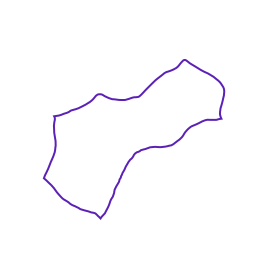 Keren, Anseba, Eritrea (Mercator projection), rotated 133°
{"feature_id": "51966322B84678224414542", "entity_name": "Keren", "entity_type": "district", "adm_level": 2, "iso_a3": "ERI", "parent_name": "Eritrea", "parent_adm1": "Anseba", "projection": "mercator", "projection_center": [38.411, 15.802], "detail": "fine", "context": "isolated", "style": "outline", "palette": "violet", "viewbox_px": 256, "rotation_deg": 133, "n_neighbors": 0, "source": "geoboundaries", "source_scale": "gbopen_adm2", "svg_char_len": 3059}
<svg xmlns="http://www.w3.org/2000/svg" viewBox="0 0 256 256"><g transform="rotate(133 128 128)"><path d="M222.4,116.2L221.3,113.3L220.9,111.8L220.2,109.7L219.9,107.7L219.3,106.4L218.6,105.0L217.9,103.6L216.0,100.1L214.7,97.1L213.7,95.7L213.0,94.3L212.7,93.5L212.7,92.6L212.7,91.3L212.8,90.3L212.8,88.5L212.9,86.4L211.1,86.7L208.5,86.7L206.1,86.7L204.2,87.3L200.8,88.2L198.5,88.9L196.5,89.7L192.7,91.4L190.3,92.0L188.7,92.2L186.9,93.0L184.9,93.9L184.1,94.5L182.2,95.7L181.5,95.9L178.9,96.7L175.7,97.4L173.4,97.9L171.3,99.1L169.3,99.4L167.9,100.2L166.3,100.6L165.0,101.2L163.3,101.6L161.1,102.1L159.4,102.7L157.7,103.3L155.4,103.8L153.6,104.2L153.0,104.4L151.0,104.6L149.6,104.8L147.9,104.5L146.6,104.6L145.2,104.8L143.7,105.3L141.8,105.4L139.8,105.0L138.4,104.2L137.0,103.6L135.4,103.4L133.1,102.0L131.6,101.0L127.1,98.7L124.8,96.7L123.6,95.6L122.6,94.5L121.8,93.4L119.5,90.8L118.4,89.9L116.3,88.1L114.8,87.0L113.2,86.0L111.1,84.5L109.0,83.8L106.4,83.4L103.5,82.9L101.5,82.5L99.9,82.4L98.2,82.3L95.9,82.5L93.9,83.0L91.8,83.3L89.0,83.4L87.2,83.3L85.6,83.1L84.3,82.9L82.8,82.4L80.5,81.3L76.7,79.7L72.7,78.3L70.0,77.0L68.4,76.0L67.5,75.2L66.8,74.4L66.0,73.4L64.8,72.2L62.7,69.9L61.5,68.7L60.4,68.1L59.1,67.3L57.5,66.0L56.9,67.5L56.2,68.6L55.8,69.3L55.2,70.1L54.5,70.8L53.1,71.9L51.4,73.1L50.4,73.8L47.5,75.2L44.3,76.9L41.7,78.4L40.2,79.3L39.0,79.9L38.0,80.7L36.8,81.6L35.9,82.3L35.3,82.9L34.5,83.8L33.8,84.8L33.1,86.3L32.7,87.9L32.1,90.3L31.8,92.2L31.8,94.7L32.0,96.7L32.2,100.2L33.0,104.1L33.6,106.8L34.5,109.4L35.1,111.3L35.9,114.4L36.5,117.4L37.3,121.4L37.9,124.1L38.5,127.1L38.6,128.8L38.7,130.2L38.8,130.8L38.9,131.5L39.1,132.3L39.6,132.9L40.0,133.3L40.7,133.6L41.8,133.7L42.7,133.7L44.0,133.7L45.7,133.6L48.0,133.4L49.4,133.4L50.0,133.5L50.9,133.6L51.7,133.8L54.3,134.7L56.6,135.7L59.5,137.2L60.6,137.9L61.3,138.2L62.1,138.5L62.8,138.7L63.9,138.9L65.6,139.1L70.5,139.9L72.3,140.2L74.8,140.5L79.3,140.7L81.8,140.8L84.5,140.9L88.0,141.0L92.1,141.0L94.1,141.0L96.5,141.2L97.3,141.3L98.3,141.7L99.5,142.7L100.5,143.6L101.4,144.5L102.1,145.0L103.2,145.7L106.3,147.3L108.1,148.4L108.8,148.8L109.9,149.6L111.1,150.9L111.8,151.7L113.6,153.7L115.0,155.7L116.3,157.5L116.7,158.0L117.6,159.1L117.9,159.6L119.1,162.3L119.9,164.5L120.6,166.8L121.0,168.8L121.2,169.6L121.4,170.1L121.9,170.9L122.5,171.6L123.1,172.2L124.0,172.9L124.7,173.1L125.6,173.3L126.3,173.4L126.8,173.4L129.5,173.2L131.9,173.2L134.9,173.6L140.3,175.1L144.2,176.5L147.5,177.8L149.8,179.0L152.4,180.6L154.3,181.7L156.1,182.1L156.7,182.2L158.7,183.1L161.5,184.7L163.9,185.8L165.8,186.9L166.5,187.4L169.8,190.0L170.2,188.9L170.9,188.0L171.8,187.2L172.7,186.6L174.2,185.7L177.0,183.6L179.3,181.2L181.7,178.8L183.9,176.0L187.0,172.0L190.2,168.9L192.2,167.5L193.9,166.2L196.0,164.9L197.7,164.2L199.4,163.4L202.7,162.2L205.4,161.3L208.9,159.9L212.5,158.5L216.5,157.2L219.3,156.4L222.1,155.2L222.0,151.8L222.1,148.4L222.1,145.3L222.5,141.1L223.5,136.2L223.9,132.7L224.2,128.6L224.1,126.6L223.7,124.8L223.4,123.5L222.9,120.7L222.9,118.7L222.4,116.2Z" fill="none" stroke="#5b21b6" stroke-width="2"/></g></svg>